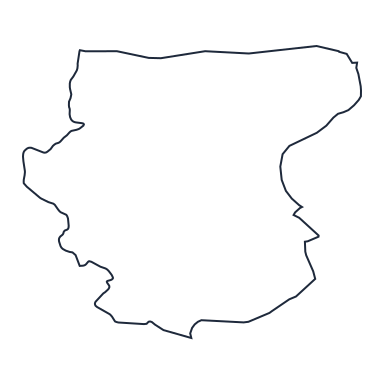 outline of Foggia
{"feature_id": "ITA-5404", "entity_name": "Foggia", "entity_type": "Province", "adm_level": 1, "iso_a3": "ITA", "parent_name": "Italy", "parent_adm1": "", "projection": "robinson", "projection_center": [15.34, 41.5], "detail": "fine", "context": "isolated", "style": "outline", "palette": "slate", "viewbox_px": 384, "rotation_deg": 0, "n_neighbors": 0, "source": "natural_earth", "source_scale": "10m", "svg_char_len": 2494}
<svg xmlns="http://www.w3.org/2000/svg" viewBox="0 0 384 384"><path d="M79.9,50.2L85.7,51.3L116.9,51.2L148.7,57.9L160.9,58.2L205.1,51.2L248.8,53.5L316.4,46.0L338.8,51.2L339.1,51.8L346.7,53.9L352.2,62.9L357.1,62.6L356.3,67.9L358.4,74.1L360.7,86.3L361.0,90.5L360.9,96.3L358.7,100.0L354.0,105.3L348.4,110.1L343.5,112.2L338.0,113.8L333.4,117.6L326.3,125.7L316.8,132.8L289.4,145.9L282.6,154.2L280.3,166.6L281.7,179.9L285.9,190.9L291.8,198.6L299.2,205.2L302.0,207.0L300.0,208.0L295.1,212.4L293.6,215.0L299.2,217.8L318.6,235.5L318.5,236.7L307.7,241.3L304.9,241.7L305.3,251.7L306.2,255.3L313.2,271.3L315.2,278.9L296.0,296.5L289.3,299.3L271.8,311.2L269.5,312.9L248.4,321.8L243.6,322.4L201.4,320.2L197.9,321.8L194.7,324.4L192.1,327.9L190.2,333.4L191.3,338.0L163.5,330.1L155.1,324.7L151.8,322.0L150.2,321.5L149.0,321.6L148.1,322.2L146.6,323.8L143.9,324.1L118.4,322.5L116.4,322.0L115.0,321.4L112.0,316.6L110.5,314.9L109.7,314.2L97.2,307.1L95.6,305.8L95.1,304.8L94.9,303.8L95.1,302.7L95.6,301.7L103.3,293.4L105.1,292.2L107.6,289.9L108.4,289.1L109.0,288.1L109.4,287.0L109.2,285.7L107.2,282.8L106.8,281.8L107.3,281.0L110.8,280.0L111.8,279.5L112.6,278.8L113.0,278.0L112.6,276.8L111.6,274.8L108.8,271.1L107.2,269.5L105.6,268.5L100.4,266.7L91.4,261.8L89.1,261.2L88.2,261.7L86.0,264.3L85.1,265.0L83.9,265.5L82.8,265.7L79.7,265.9L75.6,255.1L72.5,252.4L69.5,251.9L65.7,250.6L62.7,248.9L61.4,247.6L60.5,246.0L59.1,241.6L58.9,239.9L59.1,238.4L59.7,237.3L60.4,236.4L61.3,235.7L62.2,235.0L62.9,234.3L63.4,233.3L63.6,232.2L64.2,231.2L64.9,230.5L67.2,229.6L68.0,228.9L68.5,227.8L68.7,225.9L68.0,218.5L67.2,216.2L66.3,214.8L60.6,212.2L59.4,211.1L58.1,209.5L54.8,204.8L53.4,203.7L48.4,202.1L41.3,198.6L40.0,197.8L26.8,186.7L23.8,183.3L23.7,182.2L23.7,180.9L23.8,179.5L24.6,175.3L24.9,172.5L24.9,171.1L23.4,161.2L23.0,156.6L23.2,154.0L23.6,152.4L24.2,151.2L25.0,150.3L26.7,148.8L27.7,148.2L28.8,147.8L30.0,147.7L31.4,147.8L43.4,152.5L44.6,152.7L46.0,152.5L47.4,151.7L50.6,149.1L52.9,145.9L54.5,144.5L55.9,143.6L58.3,142.9L59.3,142.4L60.4,141.5L63.8,137.7L66.9,135.3L69.4,132.5L70.5,131.5L71.5,130.9L76.5,129.8L78.8,129.0L80.1,128.2L83.4,125.6L83.9,124.3L83.4,123.6L82.1,123.2L75.9,122.4L74.6,122.1L73.4,121.6L72.4,120.9L71.6,120.1L71.0,119.2L70.1,117.1L69.6,114.2L69.8,109.9L69.6,108.5L69.1,107.2L68.9,105.2L69.0,101.7L70.5,98.2L71.0,95.9L71.3,94.3L70.1,89.2L69.8,87.2L69.8,83.5L70.2,81.5L70.8,79.9L73.4,76.4L76.8,70.4L77.4,68.4L77.7,65.6L77.6,63.7L79.5,51.2L79.9,50.2Z" fill="none" stroke="#1e293b" stroke-width="2"/></svg>